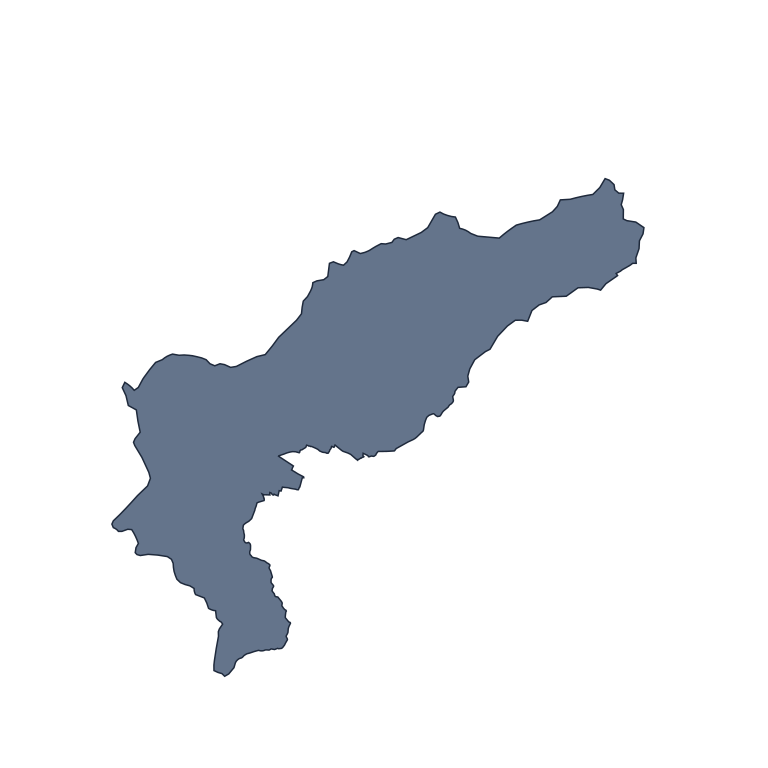 Glimboca, Caras-Severin, Romania (Albers equal-area conic projection), rotated 54°
{"feature_id": "2599482B78068825292694", "entity_name": "Glimboca", "entity_type": "district", "adm_level": 2, "iso_a3": "ROU", "parent_name": "Romania", "parent_adm1": "Caras-Severin", "projection": "albers", "projection_center": [22.334, 45.53], "detail": "fine", "context": "isolated", "style": "filled", "palette": "slate", "viewbox_px": 768, "rotation_deg": 54, "n_neighbors": 0, "source": "geoboundaries", "source_scale": "gbopen_adm2", "svg_char_len": 6153}
<svg xmlns="http://www.w3.org/2000/svg" viewBox="0 0 768 768"><g transform="rotate(54 384 384)"><path d="M434.6,109.0L430.0,106.1L424.4,98.1L418.3,93.2L414.8,86.2L410.3,81.8L401.0,85.1L394.6,91.5L391.1,93.4L383.6,87.8L378.4,86.7L375.2,82.7L370.5,78.0L367.6,81.9L362.6,83.1L357.9,80.7L351.6,81.9L347.8,84.4L351.9,93.9L353.4,103.6L350.8,108.8L348.4,114.0L346.1,119.4L344.0,124.8L338.7,133.1L342.2,139.4L343.7,146.5L342.7,161.6L340.0,167.0L337.6,172.4L335.3,178.0L333.2,183.6L333.1,188.9L333.1,194.3L333.3,199.6L333.7,205.0L319.5,221.3L313.2,225.3L310.3,226.3L307.5,227.6L304.9,229.3L302.5,231.3L296.8,229.3L290.9,228.1L288.1,231.0L284.9,233.6L281.5,235.9L277.8,237.7L276.9,242.6L283.2,256.7L283.3,264.8L280.3,281.2L273.8,286.5L272.9,290.6L274.1,294.4L271.7,300.4L268.8,303.8L267.9,309.8L267.6,313.2L267.4,316.6L267.2,318.2L266.3,322.0L264.9,325.6L264.5,326.5L258.5,329.8L258.1,332.4L261.0,337.1L263.5,342.1L264.1,346.9L262.1,348.7L260.0,350.3L255.4,353.1L254.3,357.2L264.0,366.3L264.2,371.4L261.1,377.7L260.2,382.0L261.8,383.5L263.3,385.1L264.5,386.9L265.6,388.8L268.3,394.5L269.5,400.6L273.9,405.2L278.7,409.5L281.0,417.3L284.3,441.7L287.6,452.1L290.4,462.8L287.1,470.8L284.8,481.9L283.0,493.1L280.4,498.3L274.6,501.6L271.2,504.8L269.8,510.2L265.3,512.9L259.8,513.6L255.7,516.2L252.0,519.3L248.6,522.3L246.2,524.9L243.0,528.7L240.3,532.9L235.5,537.5L234.7,540.3L234.1,543.2L233.9,546.1L234.0,549.1L232.3,556.1L234.6,565.0L237.4,573.8L238.3,576.3L242.4,584.8L242.3,589.8L239.2,590.1L236.2,590.7L233.2,591.6L230.3,592.7L233.1,597.9L241.8,599.6L251.1,603.5L259.4,599.6L269.4,604.9L279.7,609.6L281.9,617.5L283.9,620.9L287.3,621.8L301.1,623.0L317.3,626.2L323.0,628.4L327.5,635.2L329.4,649.0L331.2,657.5L332.9,666.1L334.4,674.7L335.6,683.4L337.4,686.5L341.1,687.4L342.5,686.6L344.0,686.0L345.5,685.6L347.1,685.5L349.2,682.6L350.9,676.7L353.5,673.7L357.4,674.0L361.2,674.6L364.9,675.4L368.6,676.4L370.6,680.8L374.2,684.4L376.8,684.1L379.5,682.0L383.2,674.9L389.5,667.5L396.3,660.7L400.9,659.0L405.2,660.0L408.7,662.2L412.3,664.0L416.2,665.3L420.2,666.3L425.1,665.4L429.3,662.8L433.2,659.7L437.8,657.8L439.1,658.7L440.5,659.4L442.0,659.9L443.6,660.2L451.5,655.1L457.0,656.1L462.4,657.8L464.1,657.0L465.7,656.0L467.1,654.9L468.4,653.5L474.5,656.9L476.2,657.0L477.8,656.7L479.5,656.3L481.0,655.6L483.4,655.7L485.4,661.2L487.0,663.6L490.8,666.2L499.3,675.1L508.0,683.7L511.4,686.8L515.9,690.0L519.7,687.9L523.1,685.3L526.8,684.7L527.3,680.0L525.3,672.1L522.2,668.1L521.4,666.4L521.1,664.7L521.0,663.2L521.3,661.8L521.8,660.4L521.9,659.2L521.4,656.8L521.6,653.7L522.8,650.6L524.1,646.4L525.7,642.1L527.3,640.7L528.4,639.2L529.0,638.0L529.4,636.4L530.0,635.4L531.7,633.4L531.9,632.4L531.9,631.5L532.2,630.8L534.5,628.6L535.3,625.5L536.4,624.7L536.9,623.6L537.5,622.7L537.7,621.6L537.5,620.4L536.7,617.8L535.8,616.2L534.1,612.4L533.3,612.0L530.8,611.6L530.2,611.0L529.2,608.8L528.5,607.7L525.7,605.3L524.4,603.6L522.6,600.3L522.1,600.1L521.7,600.1L520.8,600.7L520.3,600.9L515.3,601.2L514.7,601.0L512.8,599.4L510.7,597.4L510.3,596.5L509.4,596.3L508.2,596.9L506.3,597.1L503.7,597.0L503.1,596.8L501.9,595.5L501.1,595.0L499.6,594.8L493.9,595.1L492.7,596.3L492.0,596.8L490.7,596.7L489.4,596.1L486.1,596.2L485.4,596.1L485.0,595.5L483.9,594.6L482.9,592.3L482.2,591.9L481.7,591.9L478.3,592.1L476.2,590.6L475.4,589.8L475.0,589.0L474.9,588.1L474.2,587.6L468.2,585.5L466.6,585.4L465.6,585.2L464.8,584.7L464.0,583.2L463.3,582.7L462.8,582.7L461.3,583.1L460.0,583.8L457.8,584.4L456.5,585.0L454.7,586.7L450.2,589.3L447.8,591.6L446.4,592.4L444.4,592.4L443.9,592.6L442.5,592.4L441.7,591.9L440.6,591.0L439.8,589.7L439.3,589.2L436.4,587.0L435.2,586.4L434.4,586.3L433.2,586.5L432.5,586.7L432.1,588.3L431.2,589.2L430.4,589.5L428.1,589.3L427.6,589.2L426.7,587.9L425.8,587.0L424.1,585.7L421.9,584.8L420.0,583.7L418.0,583.2L415.6,580.8L415.5,580.3L415.3,579.4L415.3,576.8L415.6,574.1L415.1,570.2L410.2,562.7L409.1,561.5L407.5,559.0L405.6,556.8L405.8,555.2L407.8,549.5L407.1,548.8L406.0,548.2L405.9,548.4L404.0,547.6L401.4,547.2L403.1,546.3L403.9,545.1L406.7,541.5L405.5,540.9L404.7,540.1L406.1,539.3L407.4,539.4L408.7,539.0L408.9,538.5L408.5,537.7L409.6,537.2L412.2,535.5L408.7,531.5L410.1,530.2L407.7,526.8L409.0,525.5L411.5,522.6L413.5,521.0L417.1,517.4L418.4,516.5L418.8,516.0L419.2,515.4L417.8,513.1L417.9,512.7L411.9,505.3L412.7,504.0L411.9,503.6L406.2,506.4L399.2,509.3L398.8,508.3L398.2,507.7L397.1,505.5L379.8,512.0L380.1,511.8L381.9,506.1L382.6,503.3L383.7,500.3L384.9,497.8L386.8,495.4L389.8,493.0L389.7,492.4L388.6,491.1L388.5,490.6L388.5,490.0L389.0,489.2L389.3,484.7L389.1,484.2L388.0,482.6L389.1,481.7L390.2,481.2L390.3,480.9L390.7,480.4L391.5,480.1L391.8,479.5L392.3,479.1L395.9,477.0L398.1,475.9L400.4,475.4L402.8,474.0L403.6,473.3L405.2,471.5L406.0,471.3L406.8,470.4L407.1,470.0L407.1,469.5L406.8,469.2L406.5,468.0L406.2,467.5L405.4,466.4L405.2,465.4L404.7,464.3L403.7,463.2L403.7,462.9L405.3,462.1L405.8,461.6L404.6,459.5L412.2,457.5L413.7,457.0L414.4,456.7L418.6,453.8L421.4,452.3L428.1,450.8L430.0,450.2L429.6,449.8L430.1,449.3L430.3,446.3L430.5,446.3L430.6,446.0L430.6,444.9L430.8,444.0L431.1,443.4L430.9,443.1L430.5,443.6L429.9,443.1L429.5,443.1L427.8,441.6L431.7,439.5L433.6,439.0L433.8,439.2L434.1,439.0L434.9,436.5L436.4,435.0L436.6,434.4L436.6,432.4L436.0,431.4L435.3,429.4L435.2,428.2L436.6,426.4L440.5,420.8L444.2,415.0L444.2,414.6L443.4,412.1L445.0,398.7L446.1,393.0L446.3,391.0L446.2,388.9L445.4,383.1L445.1,380.2L444.4,379.1L440.6,375.4L437.9,371.9L436.1,369.0L435.8,366.1L436.9,361.8L437.3,361.3L438.4,360.9L439.8,360.7L441.8,359.8L442.8,357.7L442.6,356.6L441.2,353.3L440.8,351.5L440.4,345.7L439.7,344.0L439.5,343.1L439.6,341.1L439.2,339.2L438.6,338.0L437.9,337.4L434.5,335.8L433.5,333.0L432.9,332.0L431.7,331.0L431.1,329.2L430.2,326.1L434.4,319.3L432.2,314.3L426.9,311.6L422.2,305.7L417.7,296.3L417.4,282.9L418.2,277.8L412.2,264.0L409.6,250.0L409.6,240.3L413.3,235.1L417.7,230.9L411.5,221.1L411.2,212.0L413.3,205.0L412.4,196.6L420.1,185.0L420.2,170.5L426.0,161.9L432.7,155.5L435.4,153.6L433.3,145.5L433.6,131.3L431.0,131.2L431.7,126.4L431.6,123.9L432.1,119.9L432.6,114.6L432.5,112.0L434.6,109.0Z" fill="#64748b" stroke="#1e293b" stroke-width="1.5"/></g></svg>